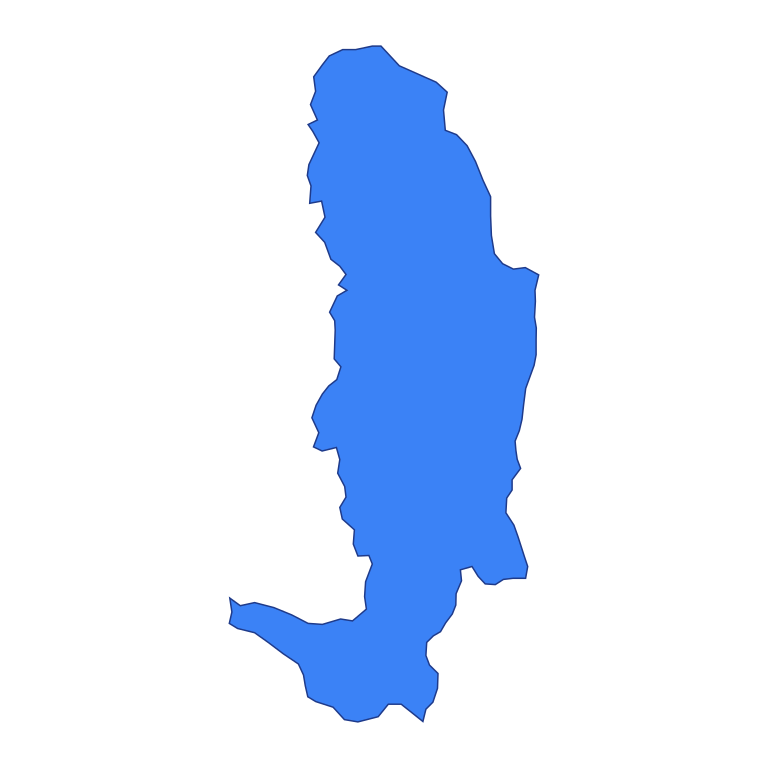 the district of Araçu, Goiás, Brazil
{"feature_id": "56859067B94048461684996", "entity_name": "Araçu", "entity_type": "district", "adm_level": 2, "iso_a3": "BRA", "parent_name": "Brazil", "parent_adm1": "Goiás", "projection": "natural_earth1", "projection_center": [-49.706, -16.366], "detail": "fine", "context": "isolated", "style": "filled", "palette": "blue", "viewbox_px": 768, "rotation_deg": 0, "n_neighbors": 0, "source": "geoboundaries", "source_scale": "gbopen_adm2", "svg_char_len": 1861}
<svg xmlns="http://www.w3.org/2000/svg" viewBox="0 0 768 768"><path d="M538.7,274.9L525.3,267.6L513.4,269.1L502.6,263.7L494.4,253.7L491.4,235.5L490.6,216.0L490.6,196.7L483.0,180.3L475.5,161.5L467.1,145.7L456.6,134.7L445.3,130.3L443.5,110.0L447.2,92.2L436.2,82.2L399.3,65.8L381.0,46.1L372.2,46.1L355.7,49.6L342.7,49.6L329.3,55.9L322.4,64.8L313.7,76.8L315.6,91.3L310.5,104.6L317.4,120.0L308.1,124.5L312.8,131.4L319.1,142.8L308.9,164.6L307.3,175.5L311.0,185.9L309.7,203.3L321.6,201.1L325.0,217.2L315.6,232.4L324.7,242.3L330.9,259.3L339.8,266.2L346.0,274.5L338.5,284.9L346.9,290.3L337.3,295.9L329.6,312.2L334.7,320.7L335.2,330.1L334.2,358.9L340.9,366.8L336.8,379.6L328.8,385.9L322.4,394.0L316.1,405.2L311.9,417.8L318.8,432.7L313.5,446.9L322.1,451.0L336.4,447.5L339.8,459.5L337.7,473.2L344.7,486.5L346.0,497.1L339.8,507.4L342.3,519.0L354.4,529.8L353.3,544.1L357.9,556.0L368.9,555.5L372.3,564.0L365.6,581.7L364.6,596.6L366.4,609.1L352.5,620.9L340.6,619.0L322.4,624.4L308.1,623.4L291.7,614.9L273.9,607.6L254.6,602.6L240.3,605.7L229.8,598.1L231.9,612.0L229.3,623.4L237.6,628.5L254.6,632.7L268.2,642.4L283.3,653.8L298.4,664.0L303.5,675.0L305.3,685.8L307.8,696.8L315.8,701.6L333.1,707.2L344.4,719.6L357.9,721.9L378.2,716.7L388.3,704.2L401.2,704.2L422.9,721.5L425.9,709.2L432.9,702.2L437.5,688.3L438.0,673.5L429.5,665.1L425.9,655.5L426.7,642.4L433.4,635.8L440.5,631.7L445.6,622.9L452.3,614.0L455.8,605.1L456.1,593.7L461.5,580.8L460.4,569.8L472.0,566.5L478.1,576.3L485.2,583.9L495.3,584.6L503.4,579.4L513.1,578.3L525.6,578.3L527.7,566.5L524.4,556.6L518.0,536.7L513.9,525.1L505.9,512.8L506.7,498.1L512.1,490.0L512.1,479.8L520.6,468.4L517.2,459.3L515.9,450.4L515.1,441.1L519.3,430.7L522.0,419.3L523.6,404.8L525.7,388.4L534.1,365.3L536.1,354.8L536.1,340.0L536.3,328.0L534.5,317.2L535.4,301.3L535.0,290.3L538.7,274.9Z" fill="#3b82f6" stroke="#1e3a8a" stroke-width="1.5"/></svg>